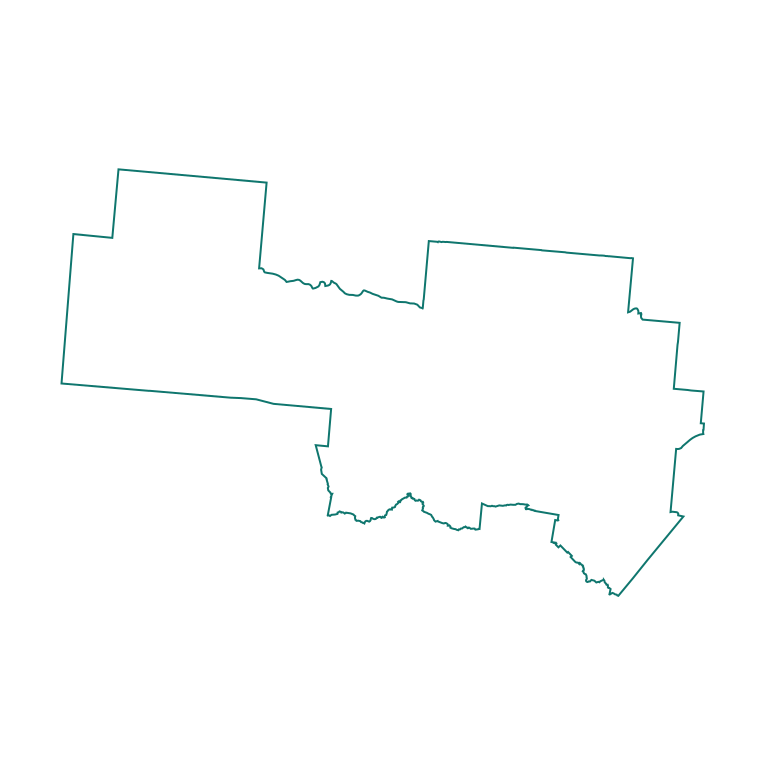 Mid Murray, South Australia, Australia, rotated 275°
{"feature_id": "25037944B98973302778113", "entity_name": "Mid Murray", "entity_type": "district", "adm_level": 2, "iso_a3": "AUS", "parent_name": "Australia", "parent_adm1": "South Australia", "projection": "albers", "projection_center": [139.499, -34.416], "detail": "fine", "context": "isolated", "style": "outline", "palette": "teal", "viewbox_px": 768, "rotation_deg": 275, "n_neighbors": 0, "source": "geoboundaries", "source_scale": "gbopen_adm2", "svg_char_len": 6164}
<svg xmlns="http://www.w3.org/2000/svg" viewBox="0 0 768 768"><g transform="rotate(275 384 384)"><path d="M193.4,635.9L212.2,648.9L231.7,661.9L278.1,693.8L278.8,688.5L280.6,688.4L281.5,687.6L281.8,686.6L281.9,682.3L281.4,680.6L344.8,680.7L344.8,682.2L345.1,683.7L346.1,685.6L348.3,687.1L355.1,693.8L357.1,696.1L359.0,698.9L361.1,703.0L362.0,706.5L362.9,706.2L366.0,705.9L366.2,706.3L372.5,706.2L372.5,703.0L404.4,703.0L404.3,690.5L404.5,687.0L404.5,673.1L448.7,673.0L451.6,673.2L470.7,673.2L470.7,636.0L472.4,634.4L475.0,633.9L475.0,634.2L475.6,634.3L476.7,633.6L476.8,633.6L476.9,633.9L477.1,633.8L476.4,631.2L478.5,631.1L479.4,630.8L480.9,629.8L481.3,629.2L481.3,628.4L480.9,627.0L480.2,625.8L477.5,622.9L476.7,620.9L530.9,621.1L531.0,619.4L530.8,618.4L530.9,597.0L530.8,596.5L530.9,595.6L530.8,593.4L531.0,592.5L531.0,589.7L530.9,589.4L530.9,588.1L530.8,587.7L530.8,554.4L531.0,552.9L530.9,529.5L531.1,529.2L531.1,501.0L530.9,500.9L531.0,433.9L530.8,433.3L530.8,430.1L530.4,429.0L530.8,426.3L530.4,425.5L530.0,425.3L530.3,424.7L530.3,416.2L471.6,416.2L470.7,416.0L463.0,416.0L462.7,415.9L463.0,415.2L463.4,413.1L465.9,410.3L466.8,407.0L466.6,402.9L467.4,398.6L467.0,391.0L467.3,389.5L469.0,384.7L469.4,379.8L469.9,376.5L469.8,373.9L471.4,370.7L472.8,364.8L473.9,362.0L474.4,359.7L475.3,357.2L475.5,356.4L475.4,355.6L474.9,355.1L472.2,353.6L471.2,352.7L470.1,351.2L469.8,350.4L469.6,348.4L470.0,345.2L469.8,341.6L470.2,339.0L471.0,337.0L472.2,335.7L475.0,331.7L479.4,327.9L479.9,327.0L480.5,325.4L482.1,323.0L482.1,322.5L480.2,322.2L479.1,321.8L478.4,321.4L477.8,320.7L477.2,319.6L476.5,317.0L479.1,316.4L480.2,315.2L480.5,313.7L479.9,311.7L477.1,311.1L475.5,310.2L473.7,307.4L472.9,305.1L472.9,304.8L473.5,304.2L475.3,303.1L476.4,301.8L476.9,300.2L476.7,297.3L476.8,296.1L477.6,294.4L479.7,291.6L480.3,290.3L480.4,288.9L480.0,287.6L478.9,284.9L478.2,281.6L477.5,279.3L477.2,278.0L478.8,276.5L479.4,275.6L482.7,269.6L483.6,266.8L484.2,263.5L484.5,258.2L484.8,255.6L485.5,254.8L487.6,253.9L488.2,252.9L488.6,251.9L488.3,249.5L574.4,249.5L574.7,100.8L505.9,100.6L506.3,61.5L356.4,62.7L356.7,150.6L356.8,151.0L357.0,232.2L357.5,242.8L357.6,258.0L354.6,275.7L354.5,333.5L317.0,333.6L317.1,321.3L295.9,328.9L295.6,329.2L293.2,328.8L289.0,329.9L285.5,334.4L285.4,334.7L285.0,334.9L285.0,334.7L279.6,336.8L279.1,336.6L277.7,337.4L276.9,337.7L275.5,337.1L273.1,337.8L271.2,340.0L270.0,340.6L270.1,342.0L266.9,340.9L266.8,341.3L248.1,339.4L248.0,339.6L248.5,340.4L247.8,341.7L249.1,343.1L249.7,346.6L250.5,348.9L251.9,349.0L252.1,349.8L253.2,350.8L252.8,352.4L252.2,352.7L252.6,354.2L252.1,355.4L251.5,356.1L252.1,357.2L252.5,357.4L252.2,362.0L251.3,365.0L250.7,365.5L249.8,366.9L248.1,366.7L247.6,366.9L246.2,367.4L246.1,367.9L245.3,368.5L245.6,370.4L245.3,372.4L244.8,372.8L244.4,373.3L244.4,373.9L243.7,375.3L243.9,375.7L243.4,376.6L244.6,376.9L245.5,377.4L246.1,378.2L246.2,379.2L245.6,381.2L246.2,382.0L247.2,382.5L248.8,382.7L249.4,382.9L249.4,383.8L248.8,384.8L248.5,386.1L248.7,387.2L249.0,387.7L250.2,388.5L250.1,389.0L250.4,389.1L251.4,391.6L251.3,392.2L250.4,393.0L250.4,393.3L251.6,394.1L251.3,394.7L251.0,395.1L251.0,395.8L251.3,396.4L252.1,396.1L253.2,396.5L253.7,397.6L255.0,397.9L257.1,398.1L257.5,398.6L258.3,398.9L259.6,400.3L259.5,401.6L259.8,401.8L259.6,402.8L261.5,402.9L261.8,404.5L262.5,405.7L263.7,405.9L264.9,406.5L265.5,407.5L266.4,408.3L267.1,408.8L267.8,408.3L268.4,408.8L268.3,409.2L267.7,409.7L267.7,410.3L268.2,410.5L269.3,410.4L269.8,411.0L269.8,411.3L270.6,411.8L272.7,414.9L272.8,416.4L273.8,416.8L273.8,417.4L275.0,418.1L275.4,418.1L276.3,416.9L276.5,417.0L276.8,417.3L277.3,419.7L276.7,420.2L276.4,420.1L275.5,420.2L274.6,420.1L274.5,420.6L274.3,420.9L273.1,421.1L272.8,421.4L272.9,422.3L272.4,422.4L272.2,422.7L272.3,423.6L272.1,424.3L271.4,424.5L270.7,425.1L270.4,425.8L270.8,426.6L270.7,428.0L271.0,428.4L271.8,429.0L271.4,430.3L271.1,430.7L270.6,430.8L270.0,431.7L270.0,433.0L269.1,433.4L268.7,432.9L267.9,432.8L266.2,434.2L265.4,434.1L265.0,433.5L263.9,433.4L263.3,433.7L261.4,433.1L260.6,434.6L260.2,434.9L259.4,438.0L258.6,439.7L258.3,440.9L257.7,442.4L255.8,443.6L255.4,444.2L253.4,445.5L252.6,445.8L251.4,447.3L252.2,449.3L251.9,449.4L250.5,454.2L250.3,455.8L250.8,456.8L250.9,457.7L250.2,459.4L249.0,460.0L248.4,459.9L248.4,460.3L248.9,461.4L247.8,462.6L246.7,462.6L246.2,463.8L245.7,466.4L245.6,468.0L245.1,469.1L244.8,470.8L245.7,471.3L245.7,472.3L246.7,473.2L246.8,474.3L247.8,475.3L248.4,476.1L248.4,477.0L249.1,477.6L247.6,480.0L247.8,480.5L248.3,480.6L248.3,481.5L247.3,483.1L247.9,486.4L247.8,487.0L247.1,487.4L246.9,487.8L247.5,490.5L247.9,490.8L247.9,491.8L273.5,492.0L271.4,498.0L271.5,499.1L271.5,501.0L272.1,502.2L271.8,503.2L271.9,504.8L271.6,505.8L273.1,509.4L273.0,513.0L273.7,515.3L273.6,516.2L274.2,516.8L274.5,517.9L274.3,518.6L274.9,520.6L274.9,523.4L275.1,525.5L276.1,526.8L276.6,528.6L276.2,530.1L276.4,533.0L276.2,535.4L276.4,537.2L275.8,538.3L275.7,538.4L275.1,537.3L274.3,537.1L273.2,535.8L272.5,535.9L272.4,536.4L271.7,536.4L271.7,537.1L272.1,538.0L272.0,540.1L271.6,541.0L271.7,542.1L271.3,542.4L271.3,544.0L271.1,544.3L271.0,545.2L270.7,545.2L268.7,569.3L264.7,569.0L264.2,569.1L262.8,570.0L263.1,569.7L263.4,566.4L241.2,564.6L240.9,568.3L240.3,567.7L239.9,569.6L238.8,569.3L236.5,572.0L238.5,573.8L232.0,581.3L232.7,582.0L229.1,586.1L227.9,585.0L223.4,590.1L222.9,591.2L223.0,591.8L222.8,593.0L221.8,594.1L222.8,594.4L222.6,595.0L221.7,595.7L221.3,596.6L221.1,596.6L220.7,597.3L220.6,597.8L220.0,598.2L219.3,598.0L218.7,598.7L218.0,598.7L217.1,599.3L215.7,599.2L215.5,598.6L214.7,598.3L214.3,598.9L213.7,599.3L212.9,599.6L212.1,600.9L212.1,601.5L210.9,602.3L210.0,602.6L209.4,602.5L208.3,603.0L207.5,603.0L206.9,602.6L206.1,602.4L205.4,602.5L204.7,603.1L204.5,604.2L205.2,605.2L205.2,606.3L206.9,607.7L206.4,610.7L204.8,612.8L205.6,614.8L205.3,615.9L206.3,616.6L207.9,619.5L207.8,620.0L208.1,620.0L207.3,620.7L205.6,621.2L204.4,622.7L203.6,622.9L203.3,623.5L203.5,624.3L202.6,624.7L201.1,624.7L200.4,625.3L200.5,626.1L199.5,627.6L193.3,626.8L194.2,627.3L194.8,628.4L195.8,629.7L195.4,631.1L194.6,632.5L194.4,634.2L193.7,634.8L193.4,635.9Z" fill="none" stroke="#0f766e" stroke-width="2"/></g></svg>